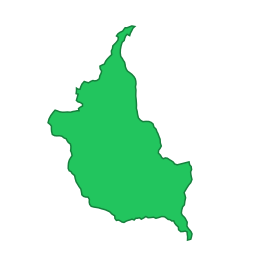 the district of Grão Pará, Santa Catarina, Brazil, rotated 9°
{"feature_id": "56859067B23369075727093", "entity_name": "Grão Pará", "entity_type": "district", "adm_level": 2, "iso_a3": "BRA", "parent_name": "Brazil", "parent_adm1": "Santa Catarina", "projection": "natural_earth1", "projection_center": [-49.313, -28.124], "detail": "fine", "context": "isolated", "style": "filled", "palette": "green", "viewbox_px": 256, "rotation_deg": 9, "n_neighbors": 0, "source": "geoboundaries", "source_scale": "gbopen_adm2", "svg_char_len": 3068}
<svg xmlns="http://www.w3.org/2000/svg" viewBox="0 0 256 256"><g transform="rotate(9 128 128)"><path d="M193.6,151.9L182.3,156.7L179.6,156.2L178.1,154.6L176.0,153.6L173.9,152.8L171.6,151.7L169.6,151.7L167.6,152.8L166.0,152.0L164.3,149.8L161.9,148.0L161.7,145.3L162.9,143.0L163.7,140.6L162.3,137.8L161.4,134.0L160.0,131.7L158.4,128.8L157.1,127.1L155.9,124.8L153.4,122.9L152.1,120.1L150.1,118.9L147.6,118.3L144.6,118.7L141.7,119.4L139.1,118.4L136.7,116.4L135.3,113.0L134.4,110.0L133.2,107.4L132.8,104.0L132.2,101.2L131.5,98.3L130.7,95.4L130.3,92.6L129.9,89.2L128.9,86.2L129.0,83.3L128.4,80.6L127.5,78.4L125.9,76.4L123.4,74.4L121.0,73.1L118.6,71.9L117.1,70.2L115.8,67.9L115.2,65.8L114.3,63.6L112.7,61.9L111.5,60.3L109.6,58.4L108.6,55.1L108.2,51.7L108.3,48.1L108.8,44.3L110.5,42.2L110.8,39.6L111.4,37.3L112.4,35.6L115.2,36.5L115.5,34.1L116.4,31.5L117.3,28.6L118.8,26.7L115.8,26.6L113.2,28.1L111.3,29.2L109.5,29.4L108.5,31.2L107.6,33.1L105.1,34.8L103.4,36.5L102.2,38.9L104.3,39.9L104.3,42.8L102.9,45.4L101.7,47.1L100.2,49.2L100.2,52.1L99.5,54.5L100.4,58.1L98.5,60.6L96.8,63.1L95.5,65.5L94.7,68.5L92.8,69.7L90.6,71.3L91.3,73.9L93.0,75.8L92.9,78.0L92.0,81.0L92.0,83.8L90.0,85.9L87.8,86.7L85.9,86.6L83.8,87.9L82.0,89.5L79.7,89.3L77.5,88.9L75.7,91.8L74.9,94.7L74.5,97.3L72.5,97.4L70.9,96.7L71.3,99.3L71.4,102.2L73.4,102.4L73.1,105.6L72.7,108.8L74.5,110.0L76.7,110.2L79.3,111.3L79.6,113.5L77.6,114.9L76.1,116.5L76.9,118.6L75.1,118.9L72.8,119.8L71.1,120.3L68.8,121.4L65.6,121.7L62.5,122.4L60.6,122.7L58.0,122.7L55.4,122.1L53.2,121.8L51.7,124.2L49.8,127.8L48.6,131.4L48.2,135.3L50.6,136.7L52.1,138.2L52.5,141.0L53.1,143.4L54.3,146.2L56.6,147.0L58.8,146.9L61.3,146.4L63.9,146.4L66.4,147.8L68.6,148.3L70.0,150.2L71.4,151.7L73.6,152.8L74.5,155.1L74.8,157.4L74.9,159.5L76.0,161.1L77.1,164.0L76.1,166.2L75.1,168.8L74.7,171.8L74.9,174.5L75.3,177.4L76.6,179.4L78.5,180.0L79.9,181.6L82.7,183.3L83.8,186.2L85.2,189.2L87.3,191.7L89.0,193.7L91.0,195.7L92.2,198.9L92.9,201.2L94.8,202.5L97.2,202.8L99.3,202.5L101.0,204.5L101.3,207.3L102.1,209.4L103.9,211.1L106.6,211.4L108.9,211.4L111.4,211.4L114.5,211.9L116.7,212.1L118.4,212.3L120.6,212.9L123.1,213.6L125.6,215.5L128.6,216.8L129.3,219.5L131.0,221.1L132.9,220.4L134.8,220.9L136.7,221.8L138.8,221.9L141.0,220.1L142.7,219.2L144.5,218.4L146.2,217.4L148.5,217.9L149.7,216.0L151.6,215.6L153.4,214.8L155.4,216.0L157.8,214.2L159.5,212.6L161.8,213.5L164.5,212.9L167.2,212.1L169.7,212.8L172.6,211.5L175.0,210.2L177.9,209.9L180.2,211.0L181.9,212.0L184.0,212.0L185.8,213.0L187.7,212.6L188.8,214.4L190.6,216.2L193.2,217.9L193.9,220.6L196.3,222.1L198.7,221.6L200.6,220.8L202.7,221.5L203.1,223.5L203.9,226.1L204.3,229.4L207.4,228.0L207.7,225.7L207.8,222.6L206.5,220.6L204.9,219.1L203.4,217.9L201.5,215.7L201.2,211.7L199.9,210.0L198.6,208.2L197.1,206.9L195.3,205.7L194.0,203.8L193.9,200.7L194.3,197.3L195.7,195.1L195.6,191.7L195.8,187.9L194.7,185.3L193.5,183.0L195.5,177.9L197.0,174.6L198.5,172.1L199.2,168.8L198.0,165.9L197.2,163.6L196.7,161.4L197.3,159.1L196.4,156.2L194.6,154.6L193.6,151.9Z" fill="#22c55e" stroke="#15803d" stroke-width="1.5"/></g></svg>